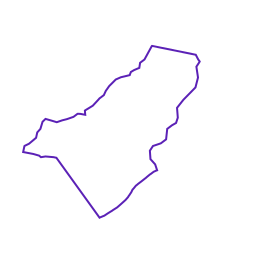 outline of Lamaze, Choiseul, Saint Lucia, rotated 53°
{"feature_id": "8701671B134536261517", "entity_name": "Lamaze", "entity_type": "district", "adm_level": 2, "iso_a3": "LCA", "parent_name": "Saint Lucia", "parent_adm1": "Choiseul", "projection": "orthographic", "projection_center": [-61.019, 13.807], "detail": "fine", "context": "isolated", "style": "outline", "palette": "violet", "viewbox_px": 256, "rotation_deg": 53, "n_neighbors": 0, "source": "geoboundaries", "source_scale": "gbopen_adm2", "svg_char_len": 1485}
<svg xmlns="http://www.w3.org/2000/svg" viewBox="0 0 256 256"><g transform="rotate(53 128 128)"><path d="M118.0,30.7L115.6,30.7L110.3,29.8L76.9,59.4L76.9,59.7L83.2,73.6L83.2,79.1L86.8,82.8L86.4,84.3L85.4,88.3L85.0,92.0L86.3,94.1L86.8,94.8L85.0,99.0L83.2,103.1L81.9,108.6L83.2,117.8L85.0,123.4L87.2,127.5L87.2,133.0L87.5,134.3L89.0,142.7L88.6,146.9L88.1,151.9L90.4,153.4L91.7,154.2L90.2,155.6L88.1,157.5L87.1,158.7L86.3,159.8L86.3,164.8L85.4,167.6L84.5,170.4L84.1,171.6L83.1,174.0L82.3,175.9L80.5,181.4L76.0,184.7L71.1,188.4L71.6,192.5L76.0,198.5L76.9,203.1L80.5,207.3L81.0,216.5L80.1,221.1L80.1,221.6L84.1,226.2L91.7,219.3L96.6,215.6L98.9,215.1L101.1,211.0L106.5,205.0L108.7,203.1L182.5,204.7L182.6,204.1L183.2,201.8L183.4,201.0L183.7,200.0L183.8,199.3L183.9,197.6L183.9,197.4L184.0,195.8L184.1,194.5L184.2,193.6L184.3,192.3L184.4,191.5L184.5,190.5L184.5,189.4L184.9,184.5L184.6,180.3L184.0,173.3L183.2,169.5L182.7,168.3L182.3,166.9L181.8,165.6L181.4,164.3L181.0,163.5L179.9,161.4L179.9,161.1L179.6,159.6L179.1,157.6L178.8,156.4L178.8,156.2L178.8,154.8L178.7,153.6L178.7,152.7L178.7,150.6L178.7,149.5L178.6,145.1L178.6,143.6L178.5,142.8L178.3,138.4L178.4,137.5L178.4,135.2L178.4,133.8L178.7,132.5L178.9,131.6L179.1,130.8L179.3,130.2L173.4,128.2L166.4,128.8L159.3,124.2L157.4,118.9L160.0,111.0L160.0,104.4L152.3,97.2L152.3,91.2L152.9,86.6L149.7,82.0L141.4,76.7L138.8,66.8L136.2,49.7L129.8,41.7L120.2,36.5L118.3,31.2L118.0,30.7Z" fill="none" stroke="#5b21b6" stroke-width="2"/></g></svg>